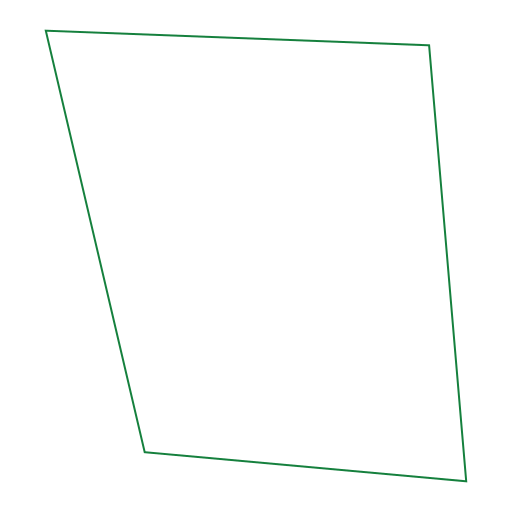 outline of Baguio
{"feature_id": "PHL-5539", "entity_name": "Baguio", "entity_type": "Highly Urbanized City", "adm_level": 1, "iso_a3": "PHL", "parent_name": "Philippines", "parent_adm1": "", "projection": "natural_earth1", "projection_center": [120.602, 16.394], "detail": "fine", "context": "isolated", "style": "outline", "palette": "green", "viewbox_px": 512, "rotation_deg": 0, "n_neighbors": 0, "source": "natural_earth", "source_scale": "10m", "svg_char_len": 182}
<svg xmlns="http://www.w3.org/2000/svg" viewBox="0 0 512 512"><path d="M45.8,30.7L429.1,45.3L466.2,481.3L144.7,452.2L45.8,30.7Z" fill="none" stroke="#15803d" stroke-width="2"/></svg>